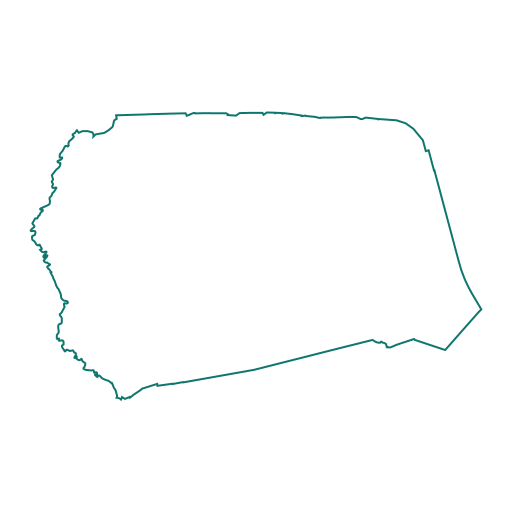 Waalre, Noord-Brabant, Netherlands
{"feature_id": "6326949B57624243850384", "entity_name": "Waalre", "entity_type": "district", "adm_level": 2, "iso_a3": "NLD", "parent_name": "Netherlands", "parent_adm1": "Noord-Brabant", "projection": "orthographic", "projection_center": [5.434, 51.386], "detail": "fine", "context": "isolated", "style": "outline", "palette": "teal", "viewbox_px": 512, "rotation_deg": 0, "n_neighbors": 0, "source": "geoboundaries", "source_scale": "gbopen_adm2", "svg_char_len": 5701}
<svg xmlns="http://www.w3.org/2000/svg" viewBox="0 0 512 512"><path d="M76.0,131.4L75.1,132.8L74.2,133.4L72.8,134.3L72.6,134.6L72.6,135.0L73.8,136.6L73.8,136.8L73.1,137.7L72.1,138.8L69.1,141.4L68.4,143.6L68.6,145.7L68.4,146.0L67.9,146.4L67.5,146.4L66.4,145.9L65.6,146.0L65.2,146.2L64.2,147.8L62.9,150.4L60.7,153.2L59.9,154.2L59.7,155.3L59.7,156.2L59.7,157.2L59.8,157.5L60.1,157.6L62.0,157.5L62.2,158.0L61.8,158.8L60.7,159.8L58.5,160.6L57.6,161.2L57.6,161.4L57.6,161.8L57.8,162.3L58.1,162.5L60.2,163.0L60.5,163.4L59.8,166.0L59.2,167.1L58.4,168.0L56.3,169.6L52.0,175.0L51.9,175.4L51.9,175.7L52.8,178.4L53.0,179.5L52.9,180.0L52.2,180.9L51.8,181.6L51.9,182.1L52.4,182.8L53.0,184.0L52.8,184.9L52.3,185.8L52.1,186.5L52.3,187.3L52.6,187.8L53.2,188.0L54.3,187.8L55.9,187.5L56.3,187.7L56.3,188.1L54.5,191.0L53.6,192.2L52.7,192.9L52.3,193.4L52.0,194.3L51.8,195.0L51.5,195.8L50.2,197.0L49.9,197.4L49.5,198.2L49.6,199.4L50.0,201.2L49.7,203.6L49.1,204.4L47.7,205.3L40.7,208.4L40.2,208.8L40.2,209.3L40.6,209.7L42.6,209.8L42.8,210.5L42.6,211.1L42.4,211.2L40.8,212.5L40.0,213.9L39.6,215.0L39.3,215.5L38.7,215.6L38.4,215.9L37.8,217.5L37.3,218.3L36.8,218.5L35.6,218.4L35.1,218.5L34.6,219.4L33.4,221.6L32.4,223.2L32.5,223.5L32.6,223.8L34.2,225.8L34.4,226.2L34.4,226.6L34.2,227.0L33.0,228.0L31.6,229.2L31.0,230.0L30.7,230.7L31.1,231.1L33.9,230.9L34.8,231.1L35.1,231.4L35.4,232.1L35.4,232.8L35.4,233.5L35.1,234.2L34.8,234.8L34.6,235.1L32.5,236.0L32.3,236.2L32.0,236.6L32.0,237.0L32.2,239.2L32.4,239.8L34.6,241.5L35.2,242.4L36.1,244.0L36.7,244.8L37.1,245.1L37.6,245.3L38.2,245.4L38.5,245.3L39.1,244.7L39.7,244.8L40.4,246.2L41.7,248.4L41.7,249.1L40.1,249.8L40.5,250.4L41.3,251.2L42.5,252.1L43.0,252.2L43.8,252.1L45.6,251.6L46.1,251.6L46.5,252.0L46.1,252.8L45.2,253.9L43.7,255.5L43.4,256.5L43.4,256.9L43.7,257.5L44.3,257.7L44.7,257.5L45.2,256.5L46.1,255.6L46.5,255.4L46.9,255.3L47.3,255.4L47.4,255.7L47.1,256.5L43.9,260.3L43.8,260.7L44.0,261.1L44.8,262.0L45.6,262.5L46.3,262.6L47.0,262.5L48.4,263.5L50.0,264.4L50.0,264.5L49.9,264.9L49.6,265.1L47.5,266.3L47.3,266.7L47.3,267.2L48.0,268.3L48.6,268.7L49.3,269.5L50.1,270.8L50.7,271.5L51.3,272.1L50.6,272.6L52.6,276.3L53.2,277.6L53.2,277.8L53.3,278.4L54.9,281.5L55.7,284.1L56.4,285.9L57.4,287.8L58.5,289.1L58.8,289.7L59.5,291.3L60.6,293.8L60.9,294.9L61.1,297.0L61.4,298.2L62.3,299.4L63.0,300.0L64.3,300.7L66.2,301.0L66.9,301.2L67.5,301.6L67.8,302.1L67.9,302.6L67.8,302.8L67.4,303.2L66.8,303.5L66.1,303.5L64.4,303.3L64.1,303.6L64.0,304.1L64.0,305.1L64.5,306.5L64.5,307.1L62.7,310.4L61.8,312.2L61.0,313.3L60.0,313.9L59.8,314.4L59.8,314.9L60.1,315.5L60.5,316.0L61.4,317.1L61.8,318.3L61.8,321.9L61.5,323.2L61.1,323.6L59.6,324.0L58.9,324.5L58.6,324.8L58.3,325.7L58.2,326.5L58.3,328.5L58.8,331.6L58.6,332.5L58.3,333.2L57.1,334.7L56.9,335.0L56.8,335.8L56.8,338.6L57.1,338.8L58.9,338.7L59.0,338.7L58.7,340.3L58.8,340.5L59.2,340.8L61.8,340.3L62.7,340.5L63.5,341.5L63.6,344.4L63.5,344.6L62.2,345.4L62.0,345.8L61.9,346.1L62.1,347.0L62.5,347.8L64.2,350.3L64.7,351.2L65.1,351.4L65.4,351.3L66.3,349.9L66.5,349.8L67.7,349.9L69.4,350.8L69.9,351.0L72.1,350.5L72.9,350.4L73.1,350.5L74.1,352.4L75.1,352.7L75.4,353.0L75.7,353.2L75.9,353.9L75.9,354.2L75.9,354.6L75.3,355.8L74.4,357.4L74.4,357.6L74.5,357.9L75.0,357.9L76.2,356.8L76.7,356.6L76.8,356.8L76.5,357.6L76.3,358.4L76.3,358.5L78.4,360.0L79.2,360.2L79.7,360.2L81.3,358.9L81.5,358.9L81.7,359.1L82.1,360.5L82.6,361.2L83.2,361.8L84.7,362.7L85.1,363.1L85.3,363.7L85.2,364.7L84.8,366.3L84.6,366.7L83.6,367.8L83.5,368.2L83.5,368.5L83.6,368.9L84.3,369.3L85.6,369.8L88.4,370.2L90.5,370.4L91.2,370.5L92.6,370.2L93.2,370.2L93.6,370.4L93.8,370.9L93.9,371.1L94.0,372.3L94.2,372.7L94.5,372.7L96.0,372.2L96.5,372.4L96.9,372.7L97.1,373.3L97.1,374.2L97.0,374.5L96.5,374.7L95.7,374.5L95.3,374.5L95.0,374.8L95.0,375.0L97.1,376.9L97.3,377.0L97.5,376.9L98.0,375.9L98.4,375.5L99.2,375.5L99.5,375.6L100.7,376.8L101.9,378.1L103.7,379.1L105.8,380.0L108.2,380.7L111.0,382.6L111.5,383.4L111.8,383.5L112.1,383.3L112.7,384.6L113.8,387.6L115.5,390.1L116.2,392.5L117.1,395.9L117.0,396.4L116.6,397.8L117.6,397.8L119.2,398.3L119.6,398.5L120.4,398.8L121.0,399.5L121.8,398.0L122.0,397.1L124.9,398.9L129.6,397.0L129.9,397.7L133.8,394.6L140.5,390.1L142.0,388.7L157.2,383.9L157.5,385.8L172.7,383.7L172.8,384.0L183.0,382.1L183.2,382.4L254.2,369.8L336.7,348.9L372.3,340.0L373.3,340.4L374.3,341.0L375.2,341.7L375.7,341.8L376.6,342.3L377.6,342.5L379.5,342.8L380.3,342.6L381.0,341.7L381.6,341.7L382.2,342.4L382.8,342.7L384.1,342.9L385.9,343.9L386.2,344.6L386.8,347.1L387.7,346.9L388.0,347.1L388.1,347.4L390.5,347.4L396.8,344.7L414.1,339.0L414.8,339.9L445.2,350.0L478.7,312.0L481.3,309.4L471.7,293.1L468.6,287.4L465.8,281.6L464.5,278.6L462.2,272.5L461.1,269.5L460.2,266.4L458.4,260.1L434.4,170.3L434.0,170.5L428.6,150.3L425.8,151.1L422.9,140.3L413.4,128.8L405.7,123.3L396.5,120.3L378.2,119.0L378.0,119.3L377.5,118.9L365.8,117.6L362.2,119.1L360.5,119.0L356.6,117.1L350.0,116.9L333.6,117.5L327.1,117.6L323.8,117.5L320.5,117.7L320.3,118.0L319.2,117.9L315.7,117.0L314.4,116.8L305.8,116.0L305.4,115.6L301.5,116.1L301.4,115.5L291.4,114.0L284.6,113.3L284.5,113.1L282.5,113.6L282.4,113.1L277.0,112.8L275.2,113.2L275.1,112.7L266.8,112.5L263.6,114.8L262.5,112.9L248.4,112.9L239.5,113.1L236.0,115.6L227.8,115.1L228.1,114.4L226.2,113.3L203.2,113.2L195.1,113.4L194.9,113.0L193.5,113.0L186.8,115.8L185.6,113.3L171.8,113.6L147.0,114.3L146.9,114.4L116.1,115.3L116.7,118.9L116.1,119.2L115.9,119.2L115.2,119.8L114.3,120.3L113.8,121.7L113.0,125.6L112.7,126.5L111.9,127.5L108.6,130.2L104.4,132.8L103.1,133.2L100.5,133.5L95.4,134.5L95.2,134.7L93.4,136.6L93.5,135.3L93.5,134.7L93.3,134.1L92.3,132.4L87.5,131.1L82.2,131.2L78.8,132.8L76.9,130.3L76.0,131.4Z" fill="none" stroke="#0f766e" stroke-width="2"/></svg>